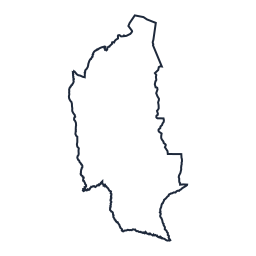 outline of Sene West, Brong Ahafo, Ghana
{"feature_id": "2480657B37380438315906", "entity_name": "Sene West", "entity_type": "district", "adm_level": 2, "iso_a3": "GHA", "parent_name": "Ghana", "parent_adm1": "Brong Ahafo", "projection": "natural_earth1", "projection_center": [-0.653, 7.749], "detail": "fine", "context": "isolated", "style": "outline", "palette": "slate", "viewbox_px": 256, "rotation_deg": 0, "n_neighbors": 0, "source": "geoboundaries", "source_scale": "gbopen_adm2", "svg_char_len": 5780}
<svg xmlns="http://www.w3.org/2000/svg" viewBox="0 0 256 256"><path d="M155.8,22.9L146.9,19.4L143.5,17.1L134.8,15.4L129.6,23.1L128.4,26.0L131.9,30.7L132.1,31.3L131.6,32.4L130.3,33.9L126.5,35.8L124.7,36.1L124.0,35.5L123.5,36.2L121.5,36.4L120.6,36.2L120.1,35.5L119.3,35.1L118.2,35.3L117.9,35.9L118.0,38.5L116.1,39.6L115.0,40.6L114.1,42.4L113.6,42.1L112.2,42.3L112.0,43.0L112.2,43.7L109.9,45.8L109.4,46.7L108.5,46.7L107.6,47.5L107.3,48.2L107.2,49.6L106.4,50.4L106.2,50.3L105.6,49.5L105.1,49.7L105.0,49.0L104.5,48.6L105.3,46.8L104.8,46.5L101.4,47.4L99.2,48.4L98.4,49.2L97.0,49.9L96.9,49.6L96.1,50.4L95.6,50.4L94.1,51.7L93.1,53.4L93.2,54.3L92.6,54.7L92.7,55.9L92.5,56.8L92.0,57.0L92.0,57.3L91.5,57.9L91.1,58.8L90.9,58.7L90.2,59.4L89.3,61.0L88.2,64.3L88.3,64.8L87.7,67.1L86.5,69.1L85.7,69.7L85.2,70.6L85.3,71.0L84.8,72.3L85.1,72.4L85.1,73.0L84.8,73.6L84.8,76.3L84.5,76.8L84.6,77.2L83.0,76.9L80.2,75.6L78.2,75.2L76.8,74.3L74.5,71.5L74.0,71.6L73.8,71.8L73.7,71.6L73.5,72.0L73.4,71.9L73.1,72.0L73.1,72.5L72.9,72.4L73.0,73.2L72.9,73.8L73.3,74.5L73.0,75.1L73.2,76.5L73.4,76.7L73.2,77.5L73.5,78.5L73.8,78.6L73.9,79.2L73.4,79.8L73.7,81.7L73.0,83.4L72.5,83.9L72.3,84.6L71.9,85.1L71.4,85.2L71.0,86.1L70.4,86.6L70.3,87.3L69.7,87.7L69.4,88.6L69.1,89.8L69.3,91.2L69.1,92.1L69.3,94.4L68.9,96.3L69.1,98.2L69.6,99.5L70.7,101.3L71.4,101.9L71.9,103.7L72.0,106.3L72.3,108.3L72.2,110.0L72.3,111.2L73.4,113.3L74.8,115.1L74.9,115.9L74.8,116.6L75.1,116.9L74.2,117.9L74.1,119.0L74.1,119.8L75.2,121.1L75.9,122.9L76.1,125.5L75.9,126.2L75.7,129.3L75.9,129.6L75.7,130.9L75.9,131.2L75.7,131.5L75.4,134.0L76.3,135.9L77.3,136.7L77.3,142.2L76.9,144.2L77.2,146.2L77.6,147.1L78.6,148.0L78.8,148.5L78.5,150.7L78.7,153.9L78.3,155.4L77.6,156.1L77.3,157.5L77.4,158.0L78.2,159.9L79.1,160.5L79.7,162.3L80.3,162.7L81.1,163.8L81.2,164.4L81.8,164.6L82.4,165.9L82.3,167.5L81.8,167.8L81.6,169.0L81.3,169.3L80.9,171.6L81.0,172.2L80.6,173.9L81.1,174.3L81.0,174.9L81.6,175.6L82.5,176.0L82.7,176.9L83.7,177.4L83.7,178.0L83.2,178.8L83.1,180.7L84.1,181.1L84.3,181.9L85.1,183.3L85.1,184.0L86.1,185.1L86.1,186.5L85.8,186.8L85.3,186.8L84.6,187.1L85.0,188.4L83.1,189.0L83.2,189.9L82.9,190.5L83.6,191.1L84.6,190.5L85.0,189.9L86.3,190.3L86.4,189.9L87.0,190.2L87.5,189.5L87.7,189.8L88.6,189.4L88.7,189.8L89.3,189.7L89.6,189.0L90.0,188.7L90.1,188.1L91.1,187.2L91.2,186.8L91.8,186.9L92.8,186.3L94.0,186.1L94.2,186.5L94.7,186.5L95.3,187.0L96.6,186.1L97.1,185.3L98.1,185.1L98.7,184.4L99.2,184.6L99.6,184.3L99.6,184.7L99.9,184.4L100.5,184.1L100.5,183.4L100.9,182.8L102.3,181.4L102.3,183.4L103.6,184.8L103.5,185.7L103.8,185.8L104.8,184.6L105.0,184.6L105.3,186.2L105.7,185.9L106.3,186.3L106.9,187.3L108.2,188.4L108.6,189.4L109.5,190.8L110.7,191.2L111.0,191.6L110.6,193.2L111.4,193.9L111.4,194.7L111.1,195.3L111.3,195.9L110.9,196.5L110.9,197.0L111.3,197.4L111.4,198.0L110.9,198.4L110.8,198.8L111.0,199.2L110.5,199.8L110.5,200.7L111.1,201.2L111.4,202.0L110.6,203.4L110.9,204.5L110.3,205.9L110.7,206.2L110.7,206.7L110.5,206.9L110.5,207.3L110.0,208.0L110.2,208.4L110.0,209.9L111.1,211.1L111.3,211.6L112.1,211.8L112.8,212.5L113.1,215.0L113.6,215.3L113.3,216.6L113.4,217.2L114.3,218.4L114.6,219.5L114.9,219.6L115.6,220.8L115.8,220.7L116.5,222.0L116.9,222.3L117.5,222.1L117.8,222.3L117.8,222.8L119.4,224.9L119.5,225.8L120.1,226.6L120.2,227.6L121.9,229.1L122.1,229.8L121.8,230.5L122.3,231.0L123.1,231.4L123.6,231.3L124.3,230.6L126.6,230.4L127.7,229.8L129.5,230.2L130.1,230.0L131.8,230.2L132.7,229.4L133.4,229.4L134.5,229.7L135.1,229.5L136.1,230.9L136.7,231.2L137.6,231.1L138.2,231.3L138.7,231.8L140.1,232.0L140.7,231.8L141.3,232.4L142.2,232.4L143.0,233.0L143.5,232.9L143.9,232.3L144.4,232.3L144.5,233.2L144.8,233.4L145.6,232.8L145.8,232.2L146.9,233.5L147.8,233.9L148.7,233.7L149.1,234.4L149.6,234.3L149.8,233.7L150.0,233.5L151.1,234.5L152.0,234.8L152.9,235.5L153.7,235.0L153.8,234.7L154.4,235.4L155.6,235.0L156.5,235.9L157.2,235.7L157.5,236.6L158.4,237.1L159.0,236.9L159.4,237.5L160.0,237.3L160.1,237.2L159.9,237.0L160.3,236.6L160.7,236.9L160.6,237.1L160.9,237.9L161.4,238.3L161.7,238.3L161.7,238.0L162.3,238.0L162.7,238.5L164.4,238.8L166.1,240.1L167.1,240.5L167.9,240.6L168.8,240.3L169.6,240.6L170.3,240.2L169.9,239.4L169.2,238.9L168.9,237.9L168.6,237.5L168.9,236.3L168.7,235.6L167.8,235.0L167.8,232.9L166.9,232.0L166.5,230.7L164.8,229.3L164.9,227.2L163.6,225.1L163.6,223.9L163.3,223.8L162.7,222.6L162.2,220.2L161.4,218.1L160.9,217.7L160.2,216.4L160.2,215.5L160.7,214.2L160.7,213.3L160.0,212.7L159.8,212.3L160.5,211.5L160.2,210.4L160.3,209.0L161.1,207.3L161.7,204.4L162.1,203.6L162.4,203.6L163.0,202.9L163.2,202.1L164.1,200.4L164.1,199.8L165.7,198.6L167.5,196.5L168.7,195.7L168.8,194.7L169.2,194.3L170.5,193.8L171.0,193.4L171.9,193.4L173.8,192.4L175.5,192.5L176.5,191.3L177.3,190.9L178.2,190.6L179.0,190.9L180.0,189.9L181.0,189.4L182.2,188.2L186.0,185.9L187.0,185.1L187.1,184.6L183.2,184.4L180.1,184.7L180.1,183.1L179.5,182.6L179.2,181.1L179.2,178.5L178.7,177.1L179.1,175.4L180.4,172.9L181.2,169.4L181.1,167.4L181.3,166.4L181.2,166.1L181.7,164.2L181.6,162.7L182.0,161.2L181.9,159.1L181.5,157.7L181.3,154.1L167.8,154.0L167.5,151.1L164.9,147.2L165.7,145.5L165.7,144.7L165.3,144.2L163.7,143.0L163.4,141.5L161.9,139.6L161.2,138.0L161.2,136.0L161.6,133.5L159.1,131.8L158.5,130.8L158.6,129.5L159.5,128.6L160.2,128.3L160.5,126.5L162.1,125.0L162.5,123.5L163.7,121.9L163.9,120.1L163.5,118.4L157.5,118.3L156.8,117.9L156.3,117.2L156.4,115.9L157.0,115.2L157.7,114.9L157.9,113.7L157.0,110.9L158.2,109.4L158.7,108.3L158.6,105.2L158.1,102.4L158.9,100.0L158.9,98.7L157.5,96.4L156.2,93.2L157.5,89.5L157.2,87.8L156.3,87.3L155.6,87.3L154.8,84.2L155.5,81.1L156.1,80.6L156.3,79.8L155.9,76.9L156.3,75.0L154.9,73.1L158.2,70.0L158.8,67.1L160.3,66.3L161.8,66.5L153.0,45.3L153.3,44.2L153.0,43.8L152.7,42.2L153.4,39.7L155.8,22.9Z" fill="none" stroke="#1e293b" stroke-width="2"/></svg>